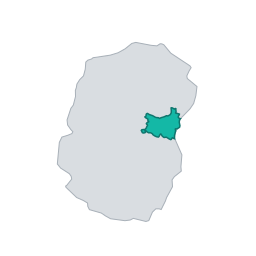 North Macedonia, with Kavadartsi highlighted, rotated 300°
{"feature_id": "MKD-2936", "entity_name": "Kavadartsi", "entity_type": "Statistical Region", "adm_level": 1, "iso_a3": "MKD", "parent_name": "North Macedonia", "parent_adm1": "", "projection": "equal_earth", "projection_center": [22.013, 41.306], "detail": "fine", "context": "in_parent", "style": "filled", "palette": "teal", "viewbox_px": 256, "rotation_deg": 300, "n_neighbors": 0, "source": "natural_earth", "source_scale": "10m", "svg_char_len": 3277}
<svg xmlns="http://www.w3.org/2000/svg" viewBox="0 0 256 256"><g transform="rotate(300 128 128)"><path d="M116.6,68.7L120.5,69.2L129.0,66.8L134.3,63.6L137.0,63.1L140.5,61.8L145.7,62.0L150.9,63.4L157.5,61.6L164.0,58.5L166.7,59.3L169.5,61.9L171.4,62.6L182.2,76.2L188.1,81.7L195.1,85.9L203.1,89.0L206.0,91.9L211.1,106.5L213.6,112.0L217.0,113.7L217.8,115.3L218.0,117.4L214.2,127.6L212.8,150.6L211.8,152.5L207.8,152.4L202.5,152.9L200.5,154.6L198.4,167.0L189.9,170.6L182.1,172.6L175.5,172.1L164.0,169.2L160.3,168.9L157.1,170.5L146.8,171.4L142.3,173.6L131.7,188.1L120.9,193.2L117.3,195.7L109.1,192.5L105.1,192.1L99.4,195.9L87.0,196.2L83.6,196.9L74.0,197.5L73.6,195.5L71.9,192.5L67.4,191.2L58.2,192.3L56.0,190.2L52.4,177.8L49.4,175.9L46.2,171.7L40.7,158.3L40.6,152.5L41.0,147.4L38.0,135.4L40.0,132.4L42.8,130.5L42.9,125.6L42.1,118.3L45.6,104.0L46.5,103.0L47.4,103.6L55.6,104.8L57.7,103.0L59.1,100.1L59.6,89.7L61.5,84.8L81.3,75.7L87.1,75.3L91.6,79.5L95.1,82.2L97.2,82.1L98.0,79.4L100.4,74.2L104.5,71.2L116.5,68.7L116.6,68.7Z" fill="#d9dde1" stroke="#a8b0b8" stroke-width="1"/><path d="M162.3,168.7L161.8,168.6L160.2,168.8L158.6,169.5L156.0,171.8L154.5,172.3L154.0,172.1L151.7,170.9L151.5,170.6L151.4,170.1L151.2,169.7L150.7,169.5L150.4,169.7L149.6,170.5L149.3,170.7L144.8,172.0L142.6,173.2L142.0,173.7L141.8,172.6L141.8,171.8L141.7,171.3L141.3,171.2L140.9,171.2L140.3,171.2L139.7,171.1L139.3,170.8L139.2,170.1L139.1,168.8L139.2,167.0L139.2,165.8L138.6,164.9L138.3,164.7L137.8,163.9L137.9,162.8L138.0,162.0L138.4,161.1L138.8,160.5L138.9,159.7L139.2,159.5L139.0,159.1L138.7,159.1L137.8,159.0L137.4,159.0L136.8,159.1L136.0,159.1L135.4,158.9L135.1,158.2L134.7,157.0L134.6,156.2L134.5,154.8L134.6,153.8L134.6,153.3L134.8,152.6L135.0,152.4L135.2,151.9L135.2,151.2L135.2,150.6L135.1,149.8L134.7,149.1L134.3,148.6L134.1,147.8L134.2,146.8L134.2,146.0L134.5,145.5L134.5,144.3L134.3,143.9L134.0,144.1L133.8,144.4L133.6,144.9L133.4,145.2L132.7,145.2L132.4,145.0L131.6,144.2L131.2,143.5L131.2,142.8L131.2,142.6L131.8,141.9L132.2,141.2L132.6,140.7L133.5,140.9L133.8,141.3L134.3,142.0L135.0,143.0L135.6,143.6L136.9,143.8L137.4,143.8L137.9,143.6L139.0,143.6L140.0,143.6L140.5,143.2L140.7,142.0L141.0,141.7L141.6,141.7L142.1,141.9L142.7,142.2L143.3,142.6L143.7,142.8L144.0,142.6L144.0,141.9L144.3,141.6L144.8,141.3L145.6,140.8L145.7,139.3L145.7,138.1L145.9,137.3L146.1,137.1L146.6,137.5L147.4,137.5L148.0,137.4L148.7,137.0L149.3,136.9L150.0,137.2L150.4,137.7L150.3,139.6L150.5,140.7L150.7,141.7L151.0,143.1L151.0,144.7L151.0,146.4L151.4,147.8L152.0,148.8L152.1,149.6L152.1,150.2L152.1,150.6L152.8,151.0L153.2,151.3L153.8,151.8L155.0,153.0L155.7,153.6L156.0,153.9L156.3,154.0L156.5,154.3L156.8,154.6L157.2,154.8L157.7,154.9L158.0,155.4L158.3,156.4L159.3,157.1L160.5,157.8L161.8,157.9L162.9,157.8L164.7,156.8L166.7,155.4L167.1,155.3L167.4,155.8L167.5,156.1L167.6,156.7L167.6,157.8L167.6,158.3L167.7,158.9L168.1,159.1L168.4,159.1L168.6,159.3L168.6,159.9L168.2,160.1L167.9,160.1L167.2,160.7L166.6,161.2L165.8,161.6L165.4,161.6L165.1,161.7L164.9,161.7L164.8,162.3L165.1,162.9L165.3,163.5L165.4,164.3L165.6,164.7L165.7,165.1L165.7,165.6L165.0,165.8L164.0,165.7L162.8,165.9L162.4,166.1L162.2,166.6L162.1,167.2L161.9,167.6L162.3,168.7L162.3,168.7Z" fill="#14b8a6" stroke="#0f766e" stroke-width="1.5"/></g></svg>